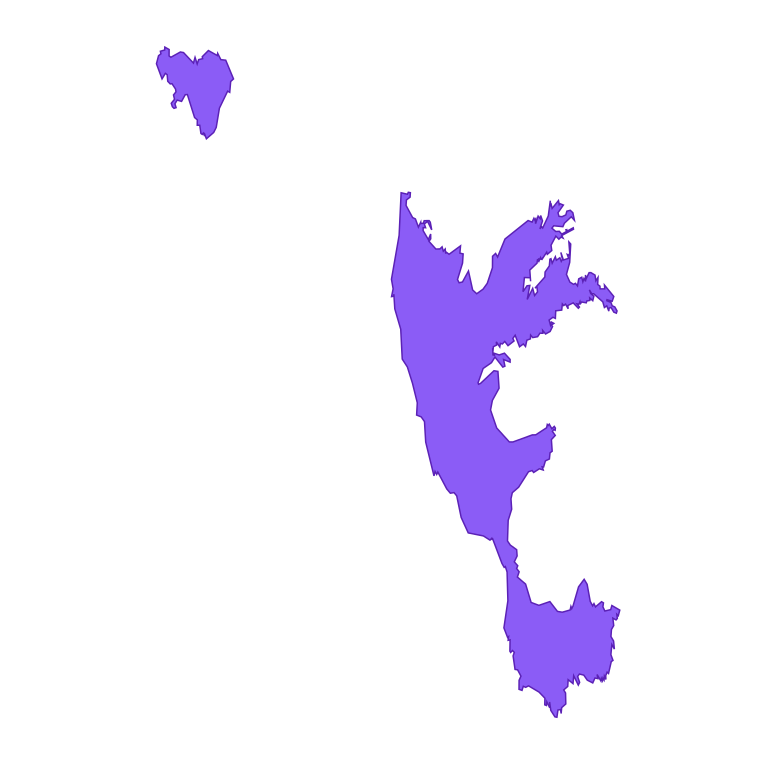 Værøy nor, Norway, rotated 275°
{"feature_id": "86288312B52145854471889", "entity_name": "Værøy nor", "entity_type": "district", "adm_level": 2, "iso_a3": "NOR", "parent_name": "Norway", "parent_adm1": "", "projection": "robinson", "projection_center": [12.676, 67.694], "detail": "fine", "context": "isolated", "style": "filled", "palette": "violet", "viewbox_px": 768, "rotation_deg": 275, "n_neighbors": 0, "source": "geoboundaries", "source_scale": "gbopen_adm2", "svg_char_len": 6149}
<svg xmlns="http://www.w3.org/2000/svg" viewBox="0 0 768 768"><g transform="rotate(275 384 384)"><path d="M533.4,386.1L489.0,382.3L479.6,384.8L471.7,383.9L472.2,385.8L474.3,386.0L459.8,388.2L440.0,395.9L410.4,400.0L403.0,405.8L387.2,412.3L368.2,418.8L355.9,419.2L354.5,423.9L350.1,427.6L329.8,430.6L296.8,441.8L301.3,442.5L298.5,444.4L301.0,445.3L284.9,455.7L281.0,459.6L281.9,463.2L278.9,466.2L257.8,472.5L243.0,480.9L241.3,496.3L237.7,503.2L239.7,504.8L238.1,505.5L239.9,505.4L215.6,517.1L211.8,519.7L212.7,520.8L207.4,523.0L178.9,526.3L151.5,524.7L142.3,529.2L143.2,530.1L139.5,530.0L140.1,531.9L128.8,532.7L127.6,533.6L129.7,535.2L128.0,537.2L124.4,536.3L111.1,539.4L110.9,542.0L104.9,545.9L100.6,544.4L91.6,545.1L90.8,548.2L95.0,549.1L94.2,551.6L95.9,554.3L90.6,565.3L85.0,571.7L78.4,572.1L77.9,573.8L81.6,573.9L75.9,577.3L81.7,576.7L73.4,578.6L67.3,583.3L67.1,585.3L74.4,585.7L75.1,588.2L71.2,589.2L77.1,589.2L81.1,593.0L92.0,591.8L94.9,589.7L98.7,593.4L105.5,593.2L102.0,598.4L109.9,598.4L101.0,603.8L103.8,604.9L109.5,602.4L112.1,603.9L111.4,608.4L106.7,612.3L104.4,618.0L109.5,619.8L109.1,622.7L113.2,621.6L107.0,626.0L109.7,626.2L107.5,627.5L110.1,627.7L108.3,629.0L112.2,629.0L109.0,630.8L112.8,630.3L116.4,631.4L115.2,632.9L127.3,634.6L128.6,636.2L134.2,633.6L144.3,633.7L140.0,636.6L148.0,635.1L152.2,632.1L159.3,632.0L163.4,633.9L170.7,632.4L169.2,635.7L170.8,636.9L174.9,636.0L173.6,637.6L179.3,638.6L183.2,630.3L179.0,629.5L177.1,623.8L181.1,621.5L185.1,621.7L186.1,619.7L180.4,614.1L183.5,612.3L181.2,611.2L185.4,608.4L202.2,603.8L206.9,600.4L198.9,595.5L179.1,591.6L176.6,590.6L178.7,589.6L175.1,589.1L172.2,581.5L172.6,576.6L181.7,568.2L177.0,557.6L179.2,549.6L197.0,542.5L203.3,533.7L208.7,535.0L211.8,532.2L214.6,533.1L218.2,529.3L224.3,531.6L230.5,530.6L234.5,523.9L238.4,520.7L259.0,519.6L270.4,522.1L280.7,520.5L286.9,521.3L292.9,527.1L309.2,535.6L310.7,539.1L308.9,540.8L313.1,546.2L312.2,550.1L315.3,548.8L315.2,550.2L321.5,551.5L323.7,555.3L329.9,555.4L331.7,557.4L343.2,555.6L347.7,559.1L351.5,555.9L353.4,557.0L352.8,558.5L355.0,558.6L356.6,557.3L354.1,555.1L358.4,552.1L357.0,551.2L357.9,550.2L354.6,549.8L346.6,539.6L346.2,536.1L337.5,517.5L337.2,513.9L350.0,500.1L367.4,492.4L377.1,493.4L389.8,499.0L406.5,496.4L406.8,492.4L393.0,480.1L392.0,478.2L393.4,477.6L408.1,481.4L414.6,489.2L420.5,492.2L411.2,500.9L412.3,502.9L418.8,501.0L416.8,507.7L419.5,507.5L425.2,501.3L423.0,496.2L424.2,491.2L422.3,491.5L422.5,490.0L429.1,489.1L428.2,489.7L430.7,489.7L432.6,492.8L435.8,492.2L431.0,496.1L434.6,496.4L434.2,498.4L436.9,500.6L433.0,504.2L438.2,509.8L440.6,508.4L444.0,510.4L432.9,515.8L436.0,519.3L433.7,521.7L440.1,522.5L441.7,525.9L445.5,525.8L443.2,528.1L444.5,532.9L448.2,534.9L448.4,537.9L451.2,537.4L447.9,540.6L450.8,544.9L455.9,546.9L457.3,545.7L459.2,547.9L460.3,545.3L457.2,544.7L462.1,542.9L465.2,546.5L464.3,549.0L471.9,548.7L473.1,554.6L479.3,554.7L477.8,556.2L479.4,557.9L475.0,560.9L478.2,560.3L481.3,565.4L476.4,571.0L477.7,572.0L480.7,569.2L480.5,571.3L483.3,572.1L481.4,572.9L482.9,573.7L482.5,578.4L484.4,578.8L485.2,581.8L487.7,581.4L485.2,584.7L489.7,585.4L492.1,582.1L495.7,580.4L492.0,583.1L492.2,585.0L484.9,594.8L479.4,596.9L481.3,599.1L476.2,601.6L479.2,601.6L480.0,603.5L475.6,606.7L474.8,609.3L477.1,609.8L480.9,607.2L481.8,604.5L485.0,603.0L486.4,598.7L487.4,598.8L486.3,604.1L491.2,605.3L501.8,595.0L498.0,595.6L497.6,591.0L500.3,590.6L501.8,588.2L508.8,587.9L505.3,586.1L510.9,584.7L513.0,580.4L512.8,578.6L506.4,576.2L510.2,575.2L503.8,575.9L506.6,574.0L503.2,573.2L507.6,571.7L505.7,568.8L498.6,568.2L501.0,565.9L499.8,564.2L501.7,560.3L509.1,556.2L521.3,558.4L539.7,557.8L541.6,555.8L530.6,557.6L528.4,556.9L529.0,555.3L525.3,557.0L523.2,551.9L530.5,548.7L523.7,550.9L521.6,549.9L525.1,548.2L522.3,544.9L525.7,543.6L519.0,541.0L523.4,539.4L522.8,538.4L516.0,538.4L509.6,534.7L504.6,534.9L492.7,526.1L494.0,527.9L489.1,528.9L485.3,526.3L492.2,523.8L480.7,519.3L494.9,520.7L494.3,517.9L488.1,514.4L502.3,514.6L502.6,520.5L499.1,521.1L510.2,519.3L517.7,525.9L521.8,526.1L519.2,526.6L522.7,527.2L520.3,527.8L523.2,528.8L522.1,529.1L523.0,530.4L521.3,530.2L529.5,534.6L527.4,535.4L531.6,539.5L536.8,538.3L546.3,542.3L543.5,545.6L545.8,547.6L545.0,549.6L547.4,548.1L554.7,559.3L556.1,558.9L551.9,552.6L553.7,552.6L553.5,551.8L551.8,552.5L548.8,548.0L551.4,545.3L550.9,541.8L553.9,537.7L556.4,539.3L556.3,548.5L559.9,549.7L566.9,556.0L563.7,559.4L571.1,557.2L573.3,554.4L572.1,551.1L568.3,550.4L566.2,546.8L566.3,543.7L569.8,542.4L577.9,547.1L579.0,543.5L578.0,542.9L581.9,541.8L573.6,536.2L578.9,534.4L575.2,533.9L581.1,533.7L565.7,533.0L553.3,528.5L554.5,527.3L552.1,525.8L560.3,527.7L565.5,525.4L562.3,525.2L564.7,522.9L556.9,521.0L561.5,520.6L560.4,520.0L562.2,518.9L558.2,517.4L559.4,513.3L539.0,491.9L520.4,486.1L523.8,483.8L520.7,481.0L509.3,481.9L493.3,478.1L487.1,474.4L482.0,468.5L485.4,464.1L503.9,458.3L492.5,453.3L491.4,450.0L494.5,448.1L511.3,451.7L520.5,451.5L521.0,448.2L528.3,448.2L518.9,437.5L521.0,434.2L519.2,434.1L523.8,433.2L521.5,431.5L525.7,429.9L523.4,427.9L523.0,423.9L530.0,416.4L532.7,417.9L537.5,417.4L531.7,415.6L540.2,409.6L543.2,409.4L543.3,411.8L547.0,410.2L549.7,413.3L541.7,418.1L549.2,416.0L550.7,414.7L550.2,409.8L547.6,409.2L547.1,406.7L548.4,406.5L543.3,404.6L551.2,400.9L552.3,398.0L563.8,390.4L569.3,390.3L572.4,393.7L576.9,393.6L577.1,391.5L575.1,390.8L576.0,384.4L533.4,386.1ZM683.2,129.4L668.6,136.3L674.4,139.1L673.3,141.0L666.7,142.2L664.3,144.9L664.7,146.6L659.7,150.6L656.9,151.3L653.6,149.1L649.4,150.5L645.1,147.6L641.8,149.0L640.3,150.8L641.2,152.8L644.9,151.3L648.8,153.2L647.9,157.7L654.9,160.8L655.2,162.9L632.9,172.1L630.9,175.0L625.5,175.4L625.7,177.9L617.6,179.8L616.8,181.2L618.2,182.1L616.4,183.1L617.4,183.5L612.8,185.7L619.7,192.4L625.0,194.5L644.4,196.0L662.1,202.7L661.1,204.9L672.0,204.9L674.8,207.5L692.8,198.1L692.9,193.2L698.9,189.5L696.7,189.3L700.9,180.0L694.2,174.4L692.3,175.0L691.0,171.1L686.5,170.0L692.9,167.3L687.1,166.2L696.7,155.4L697.0,152.2L690.9,143.2L692.1,141.3L698.5,140.8L700.5,136.3L697.6,136.4L696.0,132.2L693.5,133.0L691.4,130.8L683.2,129.4Z" fill="#8b5cf6" stroke="#5b21b6" stroke-width="1.5"/></g></svg>